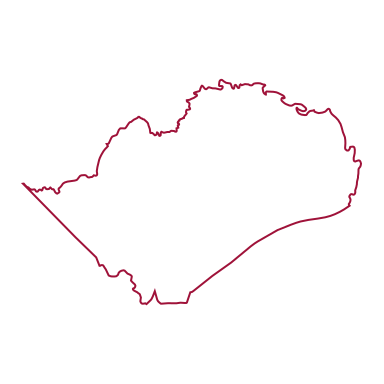 San Miguelito, Panama (Natural Earth projection)
{"feature_id": "35544464B70550696695084", "entity_name": "San Miguelito", "entity_type": "district", "adm_level": 2, "iso_a3": "PAN", "parent_name": "Panama", "parent_adm1": "", "projection": "natural_earth1", "projection_center": [-79.491, 9.058], "detail": "fine", "context": "isolated", "style": "outline", "palette": "rose", "viewbox_px": 384, "rotation_deg": 0, "n_neighbors": 0, "source": "geoboundaries", "source_scale": "gbopen_adm2", "svg_char_len": 5921}
<svg xmlns="http://www.w3.org/2000/svg" viewBox="0 0 384 384"><path d="M219.9,80.6L219.4,81.8L219.0,84.9L219.1,85.6L219.4,86.0L222.1,86.1L222.4,86.3L222.7,86.8L222.5,88.0L221.7,88.9L221.2,89.3L220.6,89.5L220.1,89.5L215.5,88.4L212.5,88.3L209.0,87.3L208.4,87.4L206.7,88.9L206.1,89.2L205.6,89.1L204.8,88.7L202.8,86.2L202.3,85.8L201.9,85.7L201.6,86.0L201.1,86.9L200.4,88.6L199.9,90.4L199.5,91.0L198.8,91.3L195.1,92.3L194.1,92.8L194.1,93.5L194.6,94.1L195.3,94.3L196.3,94.2L196.7,94.5L197.0,95.3L196.8,95.9L195.8,96.6L193.8,97.9L191.3,98.9L189.6,99.8L186.8,100.2L186.8,101.0L187.1,101.6L188.6,102.4L189.5,103.5L189.5,104.6L189.0,106.8L190.0,108.2L190.1,108.9L189.8,109.3L189.2,109.5L187.7,109.8L187.0,109.7L186.6,109.9L186.2,110.8L186.0,112.2L186.6,113.5L184.3,116.4L184.0,117.0L184.0,118.0L183.7,118.1L182.6,118.1L181.8,118.9L180.9,119.0L179.9,119.4L179.5,119.9L179.5,120.4L178.8,120.6L178.6,121.6L178.1,121.7L177.9,122.0L177.7,122.5L177.9,123.2L179.0,123.9L179.1,124.3L178.9,124.8L178.3,124.8L177.8,125.4L177.8,126.1L178.3,127.3L178.3,127.7L176.5,128.3L176.7,130.7L176.5,131.4L176.1,131.7L175.2,131.7L174.4,131.1L173.7,131.0L171.3,130.8L170.8,131.0L169.5,132.0L167.3,132.0L164.3,132.7L163.6,132.7L161.4,131.8L160.9,132.4L160.6,135.3L160.2,135.7L159.7,135.9L159.3,135.8L158.1,133.2L157.5,132.6L157.1,132.4L156.9,132.7L156.5,134.6L155.4,135.2L154.6,135.2L154.1,134.5L152.4,133.0L151.9,132.9L150.9,133.1L150.3,132.8L149.8,128.9L148.5,125.4L148.0,123.4L147.0,122.1L144.0,119.4L142.6,119.1L142.0,118.5L141.4,118.4L140.3,117.8L139.3,116.9L139.0,116.8L138.3,116.9L137.9,117.5L136.9,118.2L133.8,119.7L131.1,121.9L129.9,122.2L129.6,122.4L128.7,123.4L126.1,127.3L125.3,128.2L124.6,128.4L120.7,128.3L120.1,128.5L118.8,130.0L117.2,134.0L116.7,134.8L116.3,135.1L112.9,136.3L112.2,136.7L111.3,137.9L108.8,143.3L108.2,143.8L106.7,144.0L107.9,146.1L106.8,147.4L105.1,149.1L103.4,151.3L101.3,154.9L99.9,157.8L99.1,160.0L97.4,167.1L96.8,171.1L97.2,174.1L96.9,175.1L96.5,175.5L95.5,175.7L93.8,175.3L92.7,176.5L91.9,177.0L90.7,177.1L89.0,177.5L87.7,177.2L86.2,175.6L85.3,175.2L84.5,175.1L81.6,175.3L80.5,175.7L79.9,176.1L77.2,179.6L76.4,180.1L74.6,180.6L67.5,181.6L64.9,182.4L63.7,183.1L62.9,183.7L61.4,185.9L60.1,187.4L58.8,188.4L58.6,188.9L58.6,189.5L59.4,191.5L59.4,192.0L59.0,192.5L57.3,193.6L56.5,193.4L55.2,192.2L53.8,189.5L53.3,189.2L52.4,189.3L51.9,189.1L50.4,187.5L50.1,187.6L48.9,189.0L47.0,189.2L46.1,188.9L45.2,187.5L44.7,187.3L44.3,187.3L43.0,188.0L42.7,188.6L42.4,189.9L42.1,190.3L41.6,190.5L40.7,189.8L39.7,189.6L39.0,189.9L37.7,191.5L37.0,191.7L36.3,191.5L36.0,191.3L35.1,189.8L34.6,189.4L33.8,189.4L32.0,189.7L30.8,189.4L29.5,188.6L28.5,187.5L26.7,186.8L24.9,185.0L23.9,183.7L23.6,183.6L23.0,183.7L75.4,237.2L96.2,257.4L99.5,265.8L100.1,265.8L101.0,265.2L101.9,265.1L102.8,265.2L103.4,265.7L104.5,267.5L105.8,269.4L108.7,275.5L110.2,276.1L111.3,276.4L114.2,276.5L116.1,276.3L116.9,275.8L118.0,274.8L118.7,272.8L119.7,271.7L121.3,270.8L123.4,270.3L124.6,270.6L127.5,273.6L130.0,274.7L131.3,275.6L131.7,276.2L131.8,276.7L131.0,280.6L132.3,282.1L134.9,284.5L135.4,285.7L135.2,286.7L134.8,287.5L134.3,288.0L133.3,288.4L133.0,288.7L132.9,289.0L133.1,289.7L134.2,290.7L137.3,292.3L138.4,293.3L139.3,293.8L139.8,294.3L140.9,297.5L140.4,300.8L140.4,301.5L140.7,302.2L141.2,303.0L142.0,303.6L142.5,303.7L144.1,303.6L145.2,303.3L146.5,304.1L150.6,300.2L151.6,298.9L152.9,296.2L154.8,291.2L157.1,299.3L157.5,300.3L158.1,301.3L158.9,302.1L160.7,303.6L161.4,303.7L168.0,303.2L176.2,303.3L180.5,302.7L185.0,303.0L186.5,302.9L186.9,302.5L190.3,292.3L191.9,292.0L193.4,291.0L212.4,275.9L231.1,262.6L250.8,246.3L254.7,243.4L257.8,241.4L277.5,230.1L290.7,224.8L296.2,222.8L300.5,221.5L308.5,219.9L317.7,218.6L325.2,217.3L330.4,215.9L334.9,214.2L339.9,211.8L344.1,209.4L349.6,205.7L349.0,204.9L348.8,204.1L349.7,202.7L350.2,201.6L350.4,200.8L350.5,199.6L350.2,198.5L349.3,196.9L349.4,196.1L350.3,194.7L351.1,194.1L351.8,194.1L353.3,194.7L354.0,194.6L354.7,194.0L355.1,193.2L355.3,192.2L355.2,190.4L356.3,187.1L356.9,184.1L356.9,183.0L357.1,181.3L358.0,177.7L358.0,176.2L358.4,173.5L358.5,169.5L358.8,168.5L360.3,166.6L360.8,165.0L361.0,163.5L360.4,161.7L359.8,160.8L359.5,160.6L358.8,160.4L358.2,160.5L356.5,161.0L355.3,161.5L354.5,161.3L353.9,160.7L353.7,159.5L353.7,157.8L354.7,153.1L354.8,150.3L354.8,149.6L354.4,147.7L353.9,147.0L353.0,146.6L350.3,146.9L350.0,147.3L349.8,148.6L348.6,150.3L348.2,150.5L347.0,150.5L345.5,149.4L345.1,148.1L345.4,143.3L345.3,140.2L344.9,137.2L342.9,132.1L341.6,127.2L340.5,123.9L338.2,120.1L335.8,117.5L333.3,115.4L331.7,113.9L331.0,112.8L330.2,111.3L329.9,109.9L329.4,109.2L328.7,108.8L328.1,108.9L327.4,109.4L326.0,110.9L325.0,111.7L322.4,112.6L318.7,113.1L316.8,112.6L314.6,111.7L313.9,110.2L312.9,110.6L310.6,110.9L309.5,111.3L307.6,113.1L306.7,114.6L306.2,115.0L304.8,115.1L301.4,114.6L299.2,113.6L298.1,112.5L297.4,111.4L296.7,109.8L296.5,108.9L296.5,108.1L296.7,107.8L297.0,107.8L298.3,109.3L301.3,110.7L302.6,111.1L304.0,111.1L304.9,110.9L305.4,110.5L306.0,109.9L306.2,109.4L306.1,108.8L305.8,108.1L304.5,106.8L302.0,104.8L301.1,104.4L300.1,104.2L295.2,103.8L294.5,104.1L292.1,105.5L291.1,105.7L289.4,105.5L286.0,104.1L284.6,103.3L282.8,101.8L281.8,100.8L281.4,100.0L281.5,98.8L282.1,97.9L282.5,97.9L283.6,98.4L284.6,97.9L284.6,97.5L284.0,96.3L282.9,95.4L277.9,92.9L276.3,92.3L273.3,91.8L266.6,91.5L266.2,91.8L265.8,92.4L265.9,94.5L265.5,94.5L264.1,93.4L263.6,92.6L263.1,91.2L262.7,88.6L262.7,87.9L263.1,87.3L265.2,85.4L265.1,85.0L264.5,84.6L263.1,84.5L260.3,83.4L258.2,83.2L255.7,83.3L254.1,83.6L253.5,83.9L252.3,85.1L251.2,85.4L249.6,85.1L248.5,84.4L245.0,84.1L241.7,85.2L240.6,84.4L239.7,85.2L239.3,87.6L239.0,87.9L238.6,88.0L238.2,88.0L237.8,87.6L236.0,85.1L235.3,84.9L235.0,85.1L234.6,85.5L234.1,88.1L233.8,88.6L233.4,88.7L232.7,88.3L232.1,87.6L230.8,84.1L230.4,83.5L226.1,82.8L224.0,81.5L222.1,80.0L221.7,79.9L221.0,79.9L220.5,80.2L219.9,80.6Z" fill="none" stroke="#9f1239" stroke-width="2"/></svg>